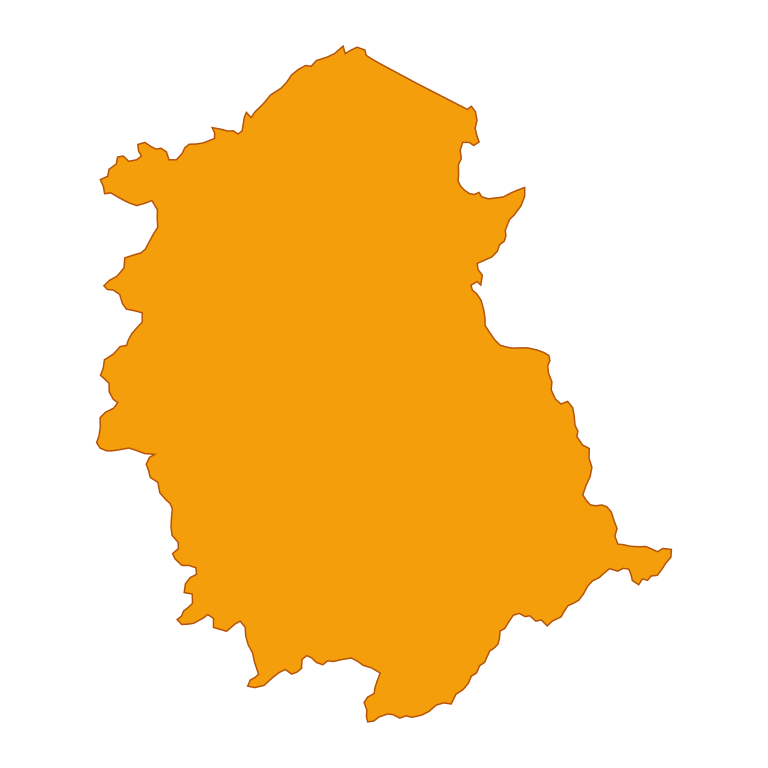 the district of Paraibuna, São Paulo, Brazil
{"feature_id": "56859067B40325291288871", "entity_name": "Paraibuna", "entity_type": "district", "adm_level": 2, "iso_a3": "BRA", "parent_name": "Brazil", "parent_adm1": "São Paulo", "projection": "albers", "projection_center": [-45.64, -23.474], "detail": "fine", "context": "isolated", "style": "filled", "palette": "amber", "viewbox_px": 768, "rotation_deg": 0, "n_neighbors": 0, "source": "geoboundaries", "source_scale": "gbopen_adm2", "svg_char_len": 4346}
<svg xmlns="http://www.w3.org/2000/svg" viewBox="0 0 768 768"><path d="M657.3,575.3L662.1,569.0L666.0,562.9L670.9,557.2L671.4,549.4L662.9,548.5L657.4,551.7L651.3,548.8L645.7,546.5L639.0,546.8L629.8,546.2L623.2,544.6L617.9,544.2L614.9,536.3L617.0,528.5L613.9,520.2L611.2,511.9L606.8,506.7L601.9,505.0L595.6,505.8L590.3,504.8L586.5,500.7L582.8,494.9L586.1,485.3L590.1,476.7L591.9,467.4L589.0,458.1L589.3,448.5L582.7,445.2L576.8,436.5L577.9,431.3L575.0,425.1L574.2,415.8L572.7,407.7L567.6,401.4L561.0,404.0L555.3,399.0L551.2,389.8L551.9,382.0L548.5,373.1L547.7,365.9L549.9,360.6L548.8,355.4L543.8,352.5L537.1,350.0L527.8,347.9L520.7,347.9L511.9,348.1L506.3,347.0L500.2,345.3L494.6,339.7L489.3,331.9L485.1,325.6L485.0,318.4L483.8,310.3L481.1,300.3L476.4,293.4L472.4,290.3L471.0,285.3L477.1,281.6L480.8,285.0L482.3,275.2L478.0,269.4L477.2,263.4L491.8,257.0L497.4,251.2L499.5,244.9L504.2,241.2L505.9,235.9L505.3,230.1L509.6,219.4L514.2,215.0L521.0,205.8L524.7,196.3L524.7,187.5L516.8,190.4L511.2,192.8L503.5,196.9L497.1,197.8L488.3,198.8L481.7,196.8L479.0,192.4L474.2,194.5L469.5,193.6L464.7,190.4L461.0,186.7L458.1,181.2L458.6,174.3L458.4,164.9L461.3,158.4L460.2,150.3L462.7,142.4L469.2,142.4L473.7,145.5L479.1,142.0L476.8,135.5L475.1,128.2L477.0,120.4L475.4,111.7L471.4,106.3L467.3,109.4L419.5,84.8L413.4,81.6L378.6,62.9L371.5,58.8L366.2,55.3L364.9,50.0L357.1,47.2L351.1,50.0L345.2,53.6L343.1,46.1L334.5,53.6L327.4,57.0L316.5,60.5L311.1,66.3L305.5,65.5L298.4,69.4L291.6,74.9L286.5,82.5L280.9,88.3L270.5,95.0L266.3,100.2L262.3,104.8L254.9,112.0L251.1,117.6L246.4,112.4L244.3,117.5L242.1,130.9L237.9,134.0L233.3,130.8L228.0,131.1L220.4,129.1L212.2,127.6L214.6,132.8L214.6,138.4L209.5,140.5L202.9,143.0L195.9,144.1L189.3,144.2L184.8,147.7L182.2,153.5L176.3,159.8L169.0,159.8L166.4,151.8L160.9,148.2L156.1,149.1L150.8,146.5L144.9,142.4L137.8,144.5L138.6,151.1L141.4,156.1L136.6,159.8L128.7,161.3L123.4,156.1L117.6,157.0L116.3,163.9L109.0,169.4L107.7,176.3L100.3,179.6L103.4,186.6L104.6,193.7L111.0,192.9L117.1,196.6L122.9,199.8L129.3,203.0L136.8,205.6L145.0,203.2L151.9,200.6L157.4,209.8L157.2,218.2L157.7,227.2L153.0,234.8L148.5,243.2L145.3,249.2L141.0,252.9L132.6,255.3L124.8,257.9L124.0,267.8L120.3,272.4L116.6,276.5L109.6,280.2L103.9,285.8L107.4,289.5L113.2,290.0L119.6,294.3L122.5,303.7L126.4,309.1L136.1,311.1L142.2,312.9L142.2,322.1L136.8,327.9L131.8,333.6L128.3,340.1L126.6,345.4L120.2,346.5L113.5,354.0L104.4,359.8L103.2,368.4L100.5,375.4L104.5,378.9L109.0,383.3L109.2,391.8L113.3,399.4L117.7,402.5L113.8,408.1L105.6,412.1L100.1,417.7L100.3,427.1L99.0,435.9L96.6,442.6L100.1,448.1L106.2,450.7L111.5,450.9L119.1,449.8L129.0,448.0L137.5,450.9L144.4,453.5L154.7,454.4L149.6,457.3L146.2,464.2L148.6,470.6L150.3,477.5L157.9,482.4L159.8,492.8L165.9,499.8L170.1,503.5L172.3,508.7L171.5,517.7L171.0,526.4L172.0,535.3L178.1,542.3L178.4,548.6L172.6,553.6L174.9,558.7L181.8,565.4L189.0,565.5L195.9,567.7L196.5,574.4L190.1,577.6L185.4,583.9L184.2,592.6L192.2,594.0L192.5,603.3L188.0,607.7L183.7,610.9L181.4,616.3L177.1,619.5L181.7,624.5L188.3,624.1L193.6,623.3L203.7,617.8L207.8,614.6L213.5,618.4L213.4,627.4L226.5,631.3L235.2,623.9L240.2,621.2L245.2,627.2L245.7,635.9L248.2,644.9L252.5,652.7L254.5,662.0L256.9,669.3L258.6,674.3L254.8,677.6L250.3,680.0L247.7,686.1L254.6,687.6L264.1,685.4L268.7,681.1L273.9,676.5L279.4,672.4L285.3,669.5L291.6,674.1L297.0,672.1L301.5,668.4L302.0,659.5L306.8,655.6L311.8,658.0L316.6,662.6L322.9,664.7L327.7,660.8L333.3,661.5L342.0,659.5L351.5,658.0L358.2,661.7L363.2,665.4L371.4,667.8L380.2,673.0L377.0,681.4L374.9,688.0L374.1,693.5L367.5,697.2L364.1,702.5L366.9,710.3L366.4,716.4L367.7,721.9L373.8,721.0L378.9,717.0L387.6,714.0L392.9,714.6L399.8,718.1L406.1,715.8L411.7,717.3L417.6,716.1L422.6,714.7L429.3,711.2L436.1,705.1L443.8,702.9L451.2,704.0L456.0,694.2L463.1,689.6L468.4,683.2L471.3,676.2L476.5,673.0L479.6,665.8L484.6,662.3L489.7,651.0L494.3,647.9L498.0,644.1L499.5,638.3L500.0,631.1L504.8,628.5L509.6,620.6L513.3,615.2L519.4,613.4L525.0,616.6L529.8,615.8L535.9,621.2L541.2,619.9L547.2,625.9L552.2,621.2L561.0,616.9L564.5,610.9L567.7,605.9L574.0,602.9L578.8,600.2L583.3,594.2L587.8,586.0L592.6,580.8L599.3,577.6L603.0,574.1L609.6,568.6L617.6,571.2L623.1,568.4L628.7,569.0L630.8,573.9L632.4,580.6L638.7,584.7L642.5,578.9L647.5,580.3L651.2,576.0L657.3,575.3Z" fill="#f59e0b" stroke="#b45309" stroke-width="1.5"/></svg>